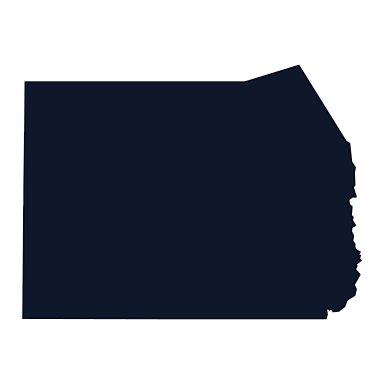 outline of Tooele, Utah, United States of America
{"feature_id": "52423323B26439828706648", "entity_name": "Tooele", "entity_type": "district", "adm_level": 2, "iso_a3": "USA", "parent_name": "United States of America", "parent_adm1": "Utah", "projection": "robinson", "projection_center": [-112.693, 40.491], "detail": "fine", "context": "isolated", "style": "filled", "palette": "ink", "viewbox_px": 384, "rotation_deg": 0, "n_neighbors": 0, "source": "geoboundaries", "source_scale": "gbopen_adm2", "svg_char_len": 987}
<svg xmlns="http://www.w3.org/2000/svg" viewBox="0 0 384 384"><path d="M355.7,197.0L356.0,196.1L354.9,193.2L353.1,186.9L354.7,185.2L354.2,172.6L355.2,167.5L351.5,162.0L349.5,143.4L346.6,141.8L346.4,141.7L345.5,140.6L340.1,131.9L298.8,65.5L244.8,82.1L173.8,82.1L25.3,82.1L24.9,131.3L24.7,134.0L24.7,141.1L24.1,188.5L24.1,190.8L24.1,191.1L24.1,204.9L23.9,206.1L23.8,211.8L23.6,247.7L23.4,272.5L23.4,275.3L23.4,276.6L23.2,291.2L23.2,298.4L23.0,318.2L164.9,318.5L326.0,318.5L327.1,314.4L326.4,309.9L327.7,308.0L329.4,309.8L331.8,309.0L333.1,311.5L338.8,311.0L344.7,306.3L346.9,300.1L354.7,295.2L356.1,289.2L354.0,284.9L358.7,276.6L359.8,274.6L355.3,269.3L356.8,266.0L355.7,264.5L361.0,260.4L359.3,258.5L360.2,255.5L358.1,254.8L360.0,252.0L356.6,250.4L354.7,247.7L354.7,243.9L352.5,240.9L353.4,235.9L351.3,231.5L351.7,227.5L355.3,225.3L352.1,220.1L353.0,217.4L351.1,215.2L351.9,206.9L349.3,204.5L348.6,199.6L352.7,196.7L355.7,197.0Z" fill="#0f172a" stroke="#020617" stroke-width="1.5"/></svg>